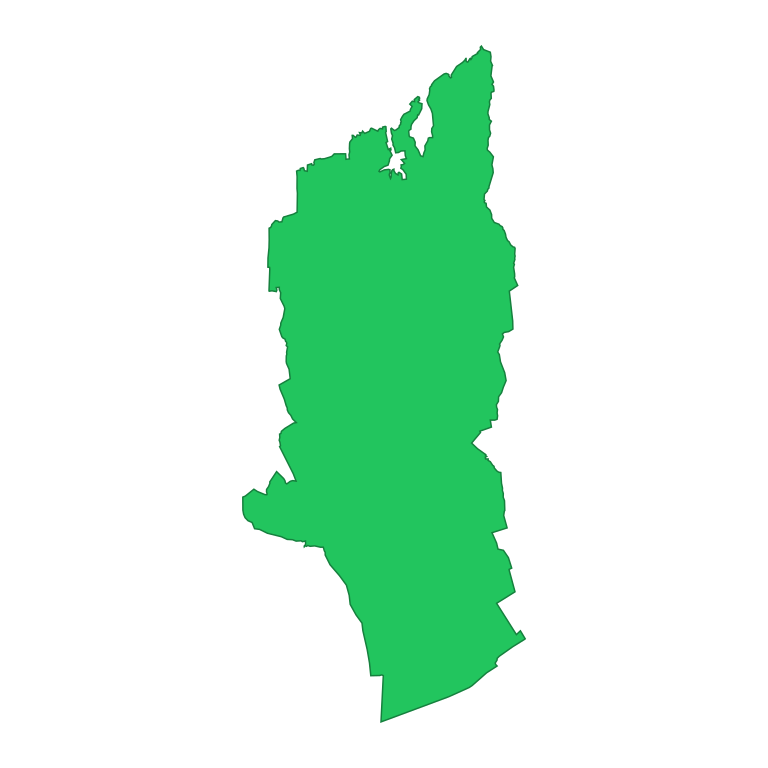 Naeni, Buzau, Romania (orthographic projection)
{"feature_id": "2599482B87929584862181", "entity_name": "Naeni", "entity_type": "district", "adm_level": 2, "iso_a3": "ROU", "parent_name": "Romania", "parent_adm1": "Buzau", "projection": "orthographic", "projection_center": [26.48, 45.099], "detail": "fine", "context": "isolated", "style": "filled", "palette": "green", "viewbox_px": 768, "rotation_deg": 0, "n_neighbors": 0, "source": "geoboundaries", "source_scale": "gbopen_adm2", "svg_char_len": 6077}
<svg xmlns="http://www.w3.org/2000/svg" viewBox="0 0 768 768"><path d="M520.4,630.8L516.4,634.6L496.6,603.3L515.0,591.8L509.2,570.3L509.1,569.4L511.7,568.1L508.4,557.6L503.4,550.3L498.0,549.1L496.6,543.1L492.0,532.7L507.1,527.9L503.7,515.5L504.3,511.3L504.8,510.5L504.5,500.7L503.2,497.2L503.3,493.5L502.4,490.5L502.5,488.1L501.5,483.3L500.8,472.5L498.7,472.2L496.9,471.0L494.3,468.0L494.0,466.3L492.6,465.2L490.3,461.7L488.0,460.3L488.2,459.0L485.5,458.9L485.3,457.1L486.7,456.5L485.5,455.3L485.8,454.7L477.5,448.7L471.6,443.1L480.5,432.5L479.8,431.2L491.4,427.1L490.3,420.1L494.8,420.1L497.1,419.3L497.6,415.8L497.1,412.9L497.5,409.6L496.6,407.2L496.4,404.7L498.4,401.4L498.6,396.8L501.6,392.6L503.3,387.3L506.1,380.6L504.7,372.7L500.5,361.9L499.3,354.5L497.7,352.0L499.7,346.6L500.0,345.1L499.5,344.1L502.1,340.2L503.5,336.9L502.4,333.9L504.3,332.4L508.7,331.6L512.9,329.1L512.7,321.0L509.3,291.1L517.7,285.5L514.3,277.9L514.7,276.7L514.6,273.7L513.6,267.2L514.4,264.2L513.6,263.4L514.9,259.5L514.7,258.0L515.1,256.1L514.7,254.1L515.1,248.5L514.6,247.3L513.2,247.0L510.6,244.8L509.1,241.8L507.5,240.5L506.0,237.2L505.5,234.1L504.1,230.4L502.8,229.3L502.9,228.1L502.1,226.6L500.1,225.6L499.0,224.2L494.3,222.5L491.7,218.3L491.6,214.6L489.9,210.1L486.5,207.0L486.1,203.3L484.6,202.7L484.2,201.9L484.9,200.4L484.0,199.6L484.5,194.0L487.4,191.0L487.7,189.4L488.9,188.1L489.0,186.5L493.2,172.7L492.9,168.8L491.9,164.8L493.4,156.8L489.8,152.1L487.5,150.2L487.1,148.6L488.2,145.2L488.0,140.2L488.5,137.5L489.7,136.3L490.6,133.2L489.5,129.8L489.5,124.9L491.4,121.2L489.3,119.5L489.2,117.6L487.9,113.8L488.0,111.5L489.8,104.6L489.4,101.8L489.9,100.0L491.3,98.4L491.0,93.3L491.5,92.2L493.8,91.4L494.0,90.2L493.5,86.2L492.0,84.4L493.5,82.0L490.9,75.9L492.1,65.9L492.5,65.6L490.6,61.1L491.0,56.7L490.3,52.2L483.6,49.6L481.4,46.1L480.3,47.2L480.6,49.4L477.4,52.7L477.7,53.4L472.2,56.5L471.8,58.2L470.9,59.5L470.3,58.4L469.8,58.8L468.0,61.9L467.3,62.1L466.1,61.1L466.1,58.5L465.8,58.5L464.8,60.2L462.6,62.4L456.6,66.5L451.2,75.1L451.5,77.4L450.5,77.9L450.0,77.4L448.8,75.9L448.9,74.8L448.3,74.2L446.1,73.4L444.0,74.0L434.5,80.8L431.6,84.7L431.6,85.7L430.4,86.7L429.5,88.8L429.8,90.0L429.2,94.6L427.2,98.9L427.0,100.6L428.5,104.8L430.9,109.0L432.4,113.4L433.5,125.8L431.8,128.5L431.6,131.8L432.6,135.6L432.6,137.6L429.5,137.6L428.3,138.2L427.8,140.8L424.9,145.9L425.1,150.0L423.9,152.8L423.0,156.6L420.6,155.8L418.1,149.9L415.5,146.5L415.0,145.6L415.2,142.2L413.4,138.1L409.9,136.9L409.2,136.1L408.7,131.2L409.3,130.2L410.9,129.2L411.0,126.6L411.6,124.3L414.1,120.6L417.1,117.8L417.7,114.9L418.6,115.0L421.7,108.8L422.0,103.7L419.2,102.9L418.0,101.9L419.6,100.1L418.6,99.2L419.6,98.4L419.4,97.3L417.8,96.6L414.3,99.5L414.6,101.6L412.3,101.2L409.8,104.1L412.1,106.4L410.5,109.3L410.1,111.1L403.9,114.3L402.4,116.4L400.6,119.7L401.2,121.9L400.6,122.8L400.7,124.1L399.2,126.0L399.2,127.5L395.9,130.0L394.4,130.5L391.5,128.2L390.8,128.9L391.4,133.0L392.5,135.7L391.7,139.1L393.1,143.2L393.0,145.1L394.5,147.7L395.7,152.8L398.5,152.5L401.1,151.0L404.9,150.8L405.3,155.7L406.4,158.6L401.3,159.6L404.6,163.4L403.0,164.6L401.1,164.9L401.3,166.7L400.8,168.2L403.0,169.8L406.2,174.3L406.4,179.2L402.2,179.6L401.6,174.0L399.0,172.3L398.2,172.9L398.0,174.9L397.0,174.4L395.4,173.3L393.9,170.7L393.9,169.2L392.6,169.7L391.8,170.8L391.2,174.0L391.2,177.0L390.5,178.5L389.3,175.3L389.3,174.1L390.0,172.9L390.0,169.8L388.5,169.4L384.3,169.9L379.9,171.9L379.0,171.4L379.8,169.7L384.3,166.5L388.0,165.2L389.4,161.0L389.6,158.8L392.1,155.2L389.8,150.5L391.0,149.9L390.7,148.2L388.3,149.5L386.0,142.5L387.6,141.6L385.6,132.5L386.2,131.5L385.9,126.7L385.2,126.4L382.6,127.1L382.5,128.9L380.1,128.4L378.5,129.7L377.8,131.2L371.6,128.2L370.7,128.5L369.5,131.3L364.7,133.4L362.6,131.1L361.8,132.9L359.5,132.6L360.4,134.5L360.2,135.4L357.2,135.0L356.2,136.9L355.4,137.3L353.0,135.3L352.2,135.4L352.5,138.7L349.9,142.0L349.6,143.5L349.4,148.7L349.7,151.9L349.0,154.8L349.4,158.9L346.0,159.3L345.6,153.8L334.2,153.9L331.8,156.4L329.5,157.2L324.5,158.7L321.3,159.0L320.2,158.5L314.8,159.8L313.9,162.5L314.3,164.0L313.5,165.2L311.9,165.0L311.6,163.7L307.5,165.0L307.2,171.3L304.4,170.7L303.8,168.2L303.2,167.6L300.3,168.5L300.0,170.4L298.3,170.3L296.6,171.1L297.1,176.6L297.0,188.5L297.4,193.1L297.1,212.2L293.5,214.1L283.7,217.0L283.0,217.9L281.9,221.8L279.0,222.1L277.8,221.0L275.4,220.6L271.8,224.5L271.5,226.0L270.6,227.5L269.1,228.2L269.2,239.9L269.0,247.9L268.0,258.0L267.9,267.2L269.6,267.4L269.8,268.9L269.0,290.6L269.2,291.2L272.0,290.8L276.3,291.6L276.9,290.1L276.2,287.5L279.3,287.3L279.3,289.7L280.7,292.7L280.3,298.5L284.2,306.4L284.8,308.7L283.2,317.4L280.8,323.1L280.7,325.3L279.3,329.3L281.8,336.6L282.8,337.9L285.1,339.2L285.5,341.1L286.5,342.2L286.8,343.4L286.2,345.6L287.6,346.8L286.6,352.2L286.8,354.2L286.3,355.9L286.2,361.5L286.5,363.4L289.1,369.3L290.2,378.7L279.1,385.0L280.1,389.2L284.3,399.1L286.2,405.7L287.2,407.8L287.3,409.9L288.5,412.7L290.8,415.3L292.6,419.0L296.3,422.6L293.5,423.1L284.9,428.4L281.4,431.3L280.9,433.5L279.6,434.1L279.8,437.6L279.2,440.2L280.0,442.5L280.5,445.8L279.6,446.6L293.3,473.8L296.1,481.1L292.7,480.6L290.3,481.3L286.8,483.9L285.5,483.0L284.9,480.6L283.7,478.6L276.6,471.6L269.8,481.9L269.9,483.3L268.5,486.7L266.6,489.4L266.5,491.7L267.1,493.9L266.8,494.7L264.9,494.6L257.4,491.5L253.9,489.2L245.3,496.1L242.8,497.1L242.9,510.2L243.6,514.2L245.1,517.7L248.0,520.7L252.1,522.5L254.6,528.7L259.6,529.4L267.5,533.3L281.3,536.7L287.2,539.4L292.5,539.7L296.1,541.1L301.2,540.8L302.4,541.7L305.5,541.0L305.6,544.4L304.2,546.1L304.3,546.8L305.4,545.7L306.5,546.3L307.8,545.5L310.1,546.3L314.7,545.9L320.4,547.2L323.3,547.2L324.3,550.8L325.2,552.3L325.2,555.0L330.1,564.8L339.5,575.7L346.4,585.1L349.2,595.3L350.2,604.4L356.1,615.0L362.0,623.1L362.9,630.8L367.2,649.6L369.5,663.0L370.8,675.7L379.7,675.5L381.7,674.9L383.3,675.6L381.0,721.9L448.8,696.7L469.2,687.5L472.2,685.5L486.6,672.8L497.1,666.0L495.7,664.5L495.2,663.0L497.0,660.2L497.2,658.3L499.3,656.2L512.6,646.8L524.8,639.2L525.2,638.8L520.4,630.8Z" fill="#22c55e" stroke="#15803d" stroke-width="1.5"/></svg>